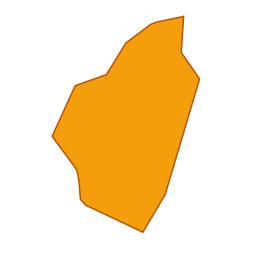 an SVG outline of Veržej, rotated 84°
{"feature_id": "SVN-267", "entity_name": "Veržej", "entity_type": "Municipality", "adm_level": 1, "iso_a3": "SVN", "parent_name": "Slovenia", "parent_adm1": "", "projection": "natural_earth1", "projection_center": [16.171, 46.583], "detail": "fine", "context": "isolated", "style": "filled", "palette": "amber", "viewbox_px": 256, "rotation_deg": 84, "n_neighbors": 0, "source": "natural_earth", "source_scale": "10m", "svg_char_len": 346}
<svg xmlns="http://www.w3.org/2000/svg" viewBox="0 0 256 256"><g transform="rotate(84 128 128)"><path d="M86.6,51.7L198.3,98.1L233.2,124.1L200.4,178.0L193.9,182.8L175.6,182.3L164.2,183.3L128.3,204.3L80.4,176.1L72.7,143.9L43.1,121.1L27.2,94.4L25.6,87.9L22.8,61.0L58.5,67.2L86.6,51.7Z" fill="#f59e0b" stroke="#b45309" stroke-width="1.5"/></g></svg>